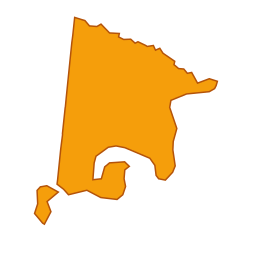 the district of West Feliciana, Louisiana, United States of America, rotated 276°
{"feature_id": "52423323B24194597484154", "entity_name": "West Feliciana", "entity_type": "district", "adm_level": 2, "iso_a3": "USA", "parent_name": "United States of America", "parent_adm1": "Louisiana", "projection": "robinson", "projection_center": [-91.444, 30.849], "detail": "fine", "context": "isolated", "style": "filled", "palette": "amber", "viewbox_px": 256, "rotation_deg": 276, "n_neighbors": 0, "source": "geoboundaries", "source_scale": "gbopen_adm2", "svg_char_len": 1133}
<svg xmlns="http://www.w3.org/2000/svg" viewBox="0 0 256 256"><g transform="rotate(276 128 128)"><path d="M232.4,63.4L215.0,63.4L214.7,63.4L206.8,63.2L152.2,63.4L142.4,63.5L141.6,63.4L115.5,63.4L114.5,63.6L100.5,63.3L69.1,63.4L64.7,63.3L60.4,70.3L55.4,75.8L61.8,93.6L56.0,108.2L55.8,124.6L61.1,129.8L69.6,131.7L77.1,129.4L86.0,129.2L90.0,133.3L94.0,128.2L91.4,113.3L86.9,108.9L74.7,106.8L72.9,98.5L89.7,98.0L96.6,99.1L106.8,110.4L108.9,118.0L108.1,127.0L100.2,152.9L93.7,158.6L83.8,160.9L80.7,163.8L80.1,170.6L88.6,177.0L95.2,178.9L110.9,174.9L119.3,174.4L132.6,176.6L152.8,167.3L160.0,167.8L168.0,182.7L172.6,205.0L176.2,210.0L179.3,211.2L183.8,212.0L185.5,203.7L179.9,192.5L189.9,185.5L188.6,181.3L192.5,177.3L192.4,172.1L195.8,167.1L199.2,167.5L206.0,155.0L210.6,151.3L208.3,147.2L212.7,144.6L211.1,138.5L211.9,137.1L214.8,128.9L213.1,126.2L216.6,121.4L215.6,114.4L217.6,109.1L221.1,109.5L220.6,99.7L228.5,90.3L225.7,86.5L225.5,79.0L230.3,74.0L232.4,63.4ZM57.0,65.4L62.1,53.3L60.3,47.0L56.4,44.1L43.1,46.1L33.2,44.0L24.5,53.0L23.6,54.9L36.7,60.1L46.4,55.2L57.0,65.4Z" fill="#f59e0b" stroke="#b45309" stroke-width="1.5"/></g></svg>